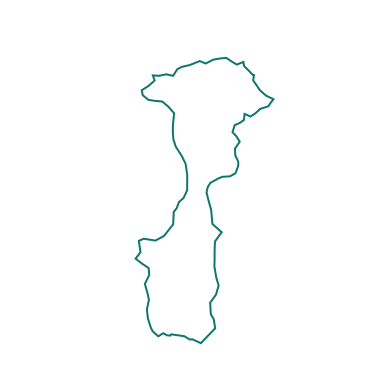 Sarama, Paphos, Cyprus, rotated 129°
{"feature_id": "46923920B86735418834185", "entity_name": "Sarama", "entity_type": "district", "adm_level": 2, "iso_a3": "CYP", "parent_name": "Cyprus", "parent_adm1": "Paphos", "projection": "mercator", "projection_center": [32.535, 34.96], "detail": "fine", "context": "isolated", "style": "outline", "palette": "teal", "viewbox_px": 384, "rotation_deg": 129, "n_neighbors": 0, "source": "geoboundaries", "source_scale": "gbopen_adm2", "svg_char_len": 1529}
<svg xmlns="http://www.w3.org/2000/svg" viewBox="0 0 384 384"><g transform="rotate(129 192 192)"><path d="M283.3,88.2L277.1,95.2L275.2,100.4L266.6,108.2L256.5,108.8L247.9,112.5L243.0,119.6L235.6,127.9L230.7,131.6L223.0,137.8L216.0,143.0L204.6,143.6L204.0,156.0L193.9,165.8L188.9,172.8L186.8,175.7L183.2,180.4L178.5,182.8L173.3,183.5L165.7,180.4L161.1,178.0L156.0,172.4L150.2,170.0L143.8,172.1L141.5,173.3L139.1,175.4L136.4,181.3L131.5,185.8L122.9,186.6L120.8,192.4L120.1,198.1L113.2,200.9L108.2,198.3L103.4,197.0L98.2,200.3L96.6,194.1L91.6,192.4L84.4,191.2L77.3,186.6L74.0,187.0L68.6,187.1L70.5,195.0L70.2,203.1L66.7,214.8L62.1,217.4L62.7,219.0L62.1,223.1L61.3,230.8L58.6,233.9L64.8,237.4L65.4,241.5L66.2,249.8L71.2,254.8L73.5,256.8L75.7,258.7L83.5,262.2L85.4,268.4L94.7,273.6L100.8,278.4L105.8,280.7L113.6,279.8L116.7,286.0L122.5,290.8L126.0,295.8L128.9,291.2L137.5,292.7L144.5,295.1L145.7,293.7L147.8,291.2L147.8,285.3L147.8,283.8L144.5,278.2L140.4,272.0L140.6,263.7L142.1,255.4L151.7,249.2L157.5,244.6L162.9,239.5L167.0,233.1L170.5,222.5L174.2,214.6L181.8,206.4L193.8,196.8L202.0,194.8L208.0,195.8L214.2,193.7L218.9,193.7L229.0,186.3L243.8,186.1L252.7,189.8L258.7,200.1L263.4,202.6L271.2,194.1L279.3,193.9L279.1,185.5L278.4,177.8L283.4,173.0L293.1,170.8L298.2,163.5L302.8,157.7L311.6,153.2L318.0,146.7L323.4,138.5L325.0,135.0L325.4,127.8L325.1,127.2L322.9,126.6L319.9,125.5L319.0,121.1L317.2,118.5L315.7,118.6L308.9,107.2L308.0,100.7L306.3,99.2L303.9,90.0L283.3,88.2Z" fill="none" stroke="#0f766e" stroke-width="2"/></g></svg>